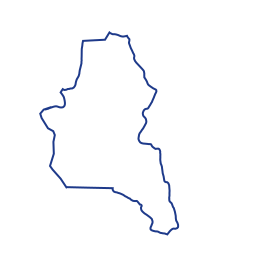 Gomier, Micoud, Saint Lucia, rotated 24°
{"feature_id": "8701671B18613428350032", "entity_name": "Gomier", "entity_type": "district", "adm_level": 2, "iso_a3": "LCA", "parent_name": "Saint Lucia", "parent_adm1": "Micoud", "projection": "robinson", "projection_center": [-60.951, 13.816], "detail": "fine", "context": "isolated", "style": "outline", "palette": "blue", "viewbox_px": 256, "rotation_deg": 24, "n_neighbors": 0, "source": "geoboundaries", "source_scale": "gbopen_adm2", "svg_char_len": 4919}
<svg xmlns="http://www.w3.org/2000/svg" viewBox="0 0 256 256"><g transform="rotate(24 128 128)"><path d="M95.9,207.3L96.2,206.9L115.9,198.7L138.5,189.2L138.7,189.8L139.1,190.6L139.4,190.8L139.6,191.0L139.9,191.2L140.3,191.5L141.0,191.8L142.3,191.8L143.5,191.5L144.5,191.3L145.4,191.3L145.7,191.3L146.3,191.1L146.8,191.1L147.6,191.0L148.3,191.0L149.2,191.0L150.4,191.0L151.3,191.1L151.7,191.2L152.4,191.3L153.1,191.5L153.6,191.5L154.2,191.5L155.0,191.5L155.8,191.7L157.2,191.8L158.4,191.7L158.9,191.9L159.1,192.0L159.7,192.2L160.0,192.3L161.1,192.4L161.7,192.5L162.7,192.4L163.2,192.2L163.5,192.1L164.2,191.9L164.4,191.8L164.8,191.5L165.1,191.4L165.4,191.2L165.8,191.1L166.3,191.2L168.2,192.1L169.3,192.7L169.8,193.0L169.9,192.9L170.8,192.8L171.5,192.9L171.8,193.1L172.0,193.3L172.2,193.7L172.2,194.5L172.2,195.3L172.5,196.0L172.9,196.6L173.5,197.4L174.3,198.0L175.6,198.6L177.8,199.3L180.4,199.7L184.0,200.5L185.3,200.9L186.1,201.2L186.4,201.3L186.7,201.4L187.0,201.7L187.1,201.8L187.5,202.3L188.1,202.9L188.4,203.4L188.7,203.9L189.0,205.0L189.0,205.8L189.0,206.7L189.1,207.4L189.1,207.7L189.1,208.4L189.1,208.9L189.1,209.7L189.3,210.4L189.5,210.7L189.6,211.0L189.9,211.4L190.6,211.7L191.7,211.8L192.6,211.7L192.8,211.7L194.0,211.5L195.0,211.3L196.1,210.9L196.3,210.8L197.3,210.5L197.8,210.5L198.4,210.5L199.2,210.6L200.2,210.6L200.4,210.6L201.7,210.2L202.0,210.2L202.8,210.0L203.7,209.7L204.0,209.6L204.5,209.4L204.8,209.4L205.1,209.4L205.5,209.4L206.0,209.3L207.2,209.2L207.3,208.7L207.9,206.4L208.1,205.5L208.6,204.2L209.2,202.8L210.2,201.6L210.9,201.2L212.1,200.9L212.9,200.2L213.6,199.5L214.0,198.3L213.7,197.2L213.0,195.9L211.5,194.3L209.7,193.0L208.5,191.2L207.3,188.8L204.9,185.4L202.4,182.5L201.2,181.8L199.2,179.7L198.4,179.0L196.4,178.3L195.8,178.0L194.9,176.9L194.6,175.9L194.1,175.3L193.4,172.9L192.3,170.5L191.5,168.4L190.3,166.2L188.9,163.6L187.4,162.1L186.0,161.6L185.2,161.8L184.8,162.0L183.5,162.0L182.7,161.5L181.5,159.7L180.2,157.7L178.1,155.2L177.1,153.5L175.5,150.9L174.6,149.4L173.4,148.1L172.4,147.2L171.1,145.1L170.5,144.1L170.3,143.7L170.0,143.0L169.8,142.4L169.4,141.5L168.9,140.4L168.5,139.4L168.1,138.5L167.5,137.7L167.0,136.4L166.4,135.6L165.8,135.1L165.1,134.6L164.3,134.5L163.5,134.8L162.6,135.3L162.4,135.4L161.6,135.9L161.0,135.8L160.4,135.8L159.9,135.6L158.5,135.3L158.1,135.2L157.0,134.6L156.3,134.0L155.8,133.6L155.2,133.6L154.5,133.8L153.7,134.2L152.0,134.7L148.2,136.0L147.1,136.2L146.4,136.3L145.5,136.2L144.9,136.1L144.1,135.6L143.3,135.1L142.6,134.4L142.0,133.7L141.7,132.8L141.4,131.8L141.2,130.8L140.9,130.0L140.9,129.5L140.8,128.9L140.8,128.0L141.0,127.1L141.2,126.3L141.4,125.0L141.6,123.8L142.0,122.3L142.1,120.9L142.2,120.2L142.3,118.9L142.4,117.4L142.5,116.3L142.3,115.2L142.1,114.6L141.8,114.1L141.4,113.5L140.9,112.8L140.3,112.2L139.6,111.8L139.1,111.5L138.4,111.3L137.3,110.8L136.7,110.3L136.1,109.5L135.7,108.9L135.3,107.7L135.3,107.0L135.3,106.6L135.3,106.1L135.3,105.5L135.5,104.9L135.7,104.3L136.1,103.7L136.7,103.2L137.3,102.8L137.8,102.5L138.2,102.0L138.4,101.4L138.5,100.5L138.6,99.6L138.9,97.8L139.0,96.6L139.1,95.5L139.3,94.5L139.2,93.1L139.2,91.7L139.2,91.3L139.2,90.1L139.2,89.5L139.1,88.3L139.1,87.2L139.0,86.2L139.1,84.9L139.1,83.2L138.7,82.4L138.4,81.9L137.7,81.6L134.9,81.5L131.6,80.9L129.4,80.4L128.4,79.9L128.2,79.7L127.5,79.1L126.8,78.3L126.1,77.7L125.6,77.3L124.8,76.7L124.4,76.4L123.7,76.0L123.2,75.6L122.4,75.2L122.2,74.8L122.0,74.4L121.6,73.6L121.1,72.5L120.8,71.7L120.2,70.8L119.6,69.9L119.0,69.3L118.6,69.1L117.6,68.6L116.5,68.1L108.7,64.8L108.1,64.4L107.3,64.0L106.5,63.3L105.5,62.4L105.0,61.5L104.7,60.2L104.5,59.6L104.2,59.1L103.6,58.5L103.2,58.1L102.3,57.5L101.3,56.6L100.2,55.6L98.6,54.3L97.6,53.4L96.4,52.1L95.4,51.1L94.6,50.3L94.2,49.7L94.0,49.1L93.9,48.5L93.7,47.6L93.4,46.9L93.3,46.6L93.1,46.3L92.0,45.8L90.5,45.0L89.6,44.2L88.0,45.4L86.9,46.1L86.3,46.5L85.3,46.8L83.8,47.1L81.1,47.1L79.0,47.4L77.8,47.7L76.7,48.2L75.6,48.6L72.8,48.5L72.2,48.3L71.1,56.7L51.5,66.7L52.0,69.1L52.8,71.5L53.6,74.6L56.6,81.6L57.6,84.1L58.1,84.9L58.5,86.3L59.2,87.9L60.0,92.3L60.4,94.7L61.1,97.2L61.4,98.0L61.7,99.8L61.8,100.8L61.4,104.5L61.7,107.1L62.4,109.8L62.4,111.3L62.0,113.1L61.0,114.5L59.1,115.5L58.6,116.1L57.1,116.9L56.1,118.1L54.5,119.1L53.6,119.2L52.6,119.0L52.2,121.2L52.0,122.9L52.4,123.1L53.3,123.6L53.9,123.9L54.6,124.3L55.2,124.8L55.8,125.1L56.2,125.4L56.9,126.0L57.3,126.5L57.7,127.0L58.1,127.5L58.5,128.1L58.9,128.6L59.2,129.1L59.7,129.9L60.1,130.6L60.4,131.2L60.6,131.8L60.8,132.4L60.9,133.2L60.9,133.6L60.7,134.4L60.3,135.2L60.0,135.6L59.2,136.1L58.7,136.4L58.1,136.6L57.6,136.8L56.2,137.0L54.9,137.1L54.3,137.2L53.8,137.3L53.3,137.5L52.3,138.1L51.4,138.8L50.7,139.4L49.7,140.4L49.4,140.6L49.0,141.0L47.9,142.0L47.4,142.7L46.9,143.1L47.2,142.1L43.5,145.5L42.0,150.6L45.0,154.0L55.0,160.8L61.0,161.3L64.0,164.2L65.5,171.0L70.7,181.7L72.2,194.4L75.9,196.6L87.1,201.7L95.9,207.3Z" fill="none" stroke="#1e3a8a" stroke-width="2"/></g></svg>